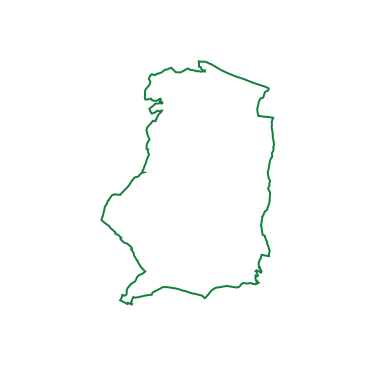 Amarasti, Vâlcea, Romania, rotated 224°
{"feature_id": "2599482B2938164526483", "entity_name": "Amarasti", "entity_type": "district", "adm_level": 2, "iso_a3": "ROU", "parent_name": "Romania", "parent_adm1": "Vâlcea", "projection": "orthographic", "projection_center": [24.148, 44.766], "detail": "fine", "context": "isolated", "style": "outline", "palette": "green", "viewbox_px": 384, "rotation_deg": 224, "n_neighbors": 0, "source": "geoboundaries", "source_scale": "gbopen_adm2", "svg_char_len": 6008}
<svg xmlns="http://www.w3.org/2000/svg" viewBox="0 0 384 384"><g transform="rotate(224 192 192)"><path d="M291.0,266.9L293.2,267.0L294.0,265.4L294.3,265.1L294.9,262.9L296.3,261.4L296.7,259.1L296.8,257.6L296.9,257.2L298.0,254.3L298.5,254.1L298.7,253.9L299.4,252.4L299.5,251.9L299.4,251.8L299.9,250.5L300.6,249.6L302.1,249.3L302.7,248.8L302.9,247.3L302.9,246.9L302.4,245.7L302.1,244.4L301.8,243.6L301.2,243.2L299.1,242.7L298.6,242.4L297.5,240.6L297.2,240.0L296.9,238.4L296.8,235.2L296.6,233.6L295.6,231.5L293.5,229.5L292.1,227.7L291.0,226.8L289.9,226.1L288.4,227.5L286.3,230.7L285.9,230.8L284.8,230.2L283.1,230.9L282.1,232.0L281.2,232.4L280.5,233.7L279.9,236.8L279.6,237.1L279.1,237.2L278.8,237.1L278.2,235.1L278.0,234.8L277.5,235.0L276.3,235.9L275.5,235.8L275.2,235.6L275.0,235.2L275.1,234.8L277.0,233.3L278.9,231.0L279.3,230.4L279.7,230.1L279.9,226.6L280.2,225.0L280.4,223.2L280.4,222.1L279.5,221.7L276.0,220.4L275.5,220.4L275.2,220.8L273.6,224.1L273.6,226.1L272.6,226.9L271.8,227.1L271.2,228.0L270.4,229.5L270.2,229.7L269.7,227.8L269.9,225.3L269.8,224.2L268.6,220.1L268.0,219.3L268.3,218.8L268.3,218.4L268.2,218.2L267.5,217.6L268.5,216.6L269.6,215.9L269.4,214.3L269.4,213.5L269.2,212.7L269.1,207.7L268.4,205.9L267.8,204.9L265.1,203.3L264.2,202.4L263.3,202.1L259.8,200.6L258.9,199.9L258.7,198.5L257.8,195.2L256.6,193.5L254.6,191.4L253.1,192.2L252.4,190.9L251.4,190.0L248.9,189.2L248.0,186.1L247.5,185.3L247.0,183.8L246.2,182.4L245.2,180.6L244.2,177.7L242.8,174.8L242.5,173.5L241.8,172.0L240.3,172.7L241.2,171.3L241.6,169.5L241.6,168.5L241.4,166.3L241.5,165.7L242.0,164.6L242.6,164.0L243.3,162.8L243.3,160.4L243.1,159.7L243.1,158.2L242.6,156.3L241.8,152.3L241.8,150.9L241.8,149.2L241.8,141.0L241.7,139.9L242.6,139.5L243.2,138.7L245.5,137.1L246.2,136.3L247.0,134.9L247.3,134.1L246.9,131.1L246.5,129.9L246.6,129.3L246.5,128.7L246.2,128.6L246.3,127.8L246.3,126.6L245.3,125.1L245.1,124.6L244.3,120.6L242.9,118.7L242.5,117.8L240.0,113.7L239.0,111.7L238.4,110.0L237.5,108.9L233.6,109.1L228.2,109.9L225.2,109.5L219.0,109.7L218.3,108.7L215.2,109.8L211.3,109.9L211.2,109.9L211.4,109.5L211.3,109.1L210.7,108.4L206.3,108.3L205.6,108.4L202.6,109.9L197.8,110.2L195.8,109.6L195.8,109.4L196.2,109.0L196.2,108.6L193.7,108.1L191.1,107.3L190.7,107.0L190.3,106.4L188.8,105.8L188.0,105.7L183.2,104.3L183.1,104.6L181.9,103.9L177.6,102.9L177.1,102.5L170.4,102.3L170.7,99.5L171.3,97.7L172.3,95.5L172.4,94.5L172.4,93.0L172.1,91.8L171.3,90.0L170.9,88.1L171.4,85.8L171.7,84.8L172.0,82.5L171.7,80.0L171.7,78.7L171.1,76.5L168.5,73.7L167.9,72.4L168.0,71.4L168.9,70.2L169.2,69.9L170.4,70.0L170.7,69.6L170.3,68.7L169.4,67.4L168.7,65.9L168.5,64.2L160.6,66.6L161.2,67.7L157.2,69.3L157.6,70.0L158.9,69.7L159.4,70.6L159.6,71.8L160.6,73.6L161.2,75.6L159.4,76.6L158.0,78.4L153.9,84.7L150.7,88.9L149.6,90.1L150.4,91.9L150.4,92.7L149.1,96.7L148.9,97.3L147.7,100.6L147.1,103.0L146.5,103.7L143.8,106.3L136.7,111.3L133.4,113.2L129.9,114.8L127.4,116.5L124.7,117.5L122.2,119.0L121.1,119.3L119.9,120.2L118.9,121.1L116.8,122.1L113.3,124.2L111.8,124.5L109.2,124.4L108.9,124.9L109.1,130.8L109.4,131.7L109.5,133.6L109.4,134.5L109.6,135.2L109.4,135.5L108.7,138.9L108.0,140.2L107.3,140.9L106.5,142.3L105.0,143.9L104.0,145.6L103.0,146.8L101.9,148.5L96.9,151.9L94.0,154.0L93.0,155.0L92.7,155.4L92.3,156.3L92.2,157.0L92.2,158.0L92.5,159.7L92.2,161.1L91.8,162.1L90.8,163.0L89.4,163.8L87.7,165.8L86.0,167.6L83.9,168.4L82.4,169.7L81.9,170.3L81.1,172.5L81.1,172.9L82.7,171.9L82.8,172.3L83.4,173.0L83.2,173.3L83.3,173.4L83.8,173.3L84.7,172.8L85.1,173.0L86.3,174.1L87.3,174.7L87.6,175.4L87.3,175.8L88.0,176.2L86.4,176.9L86.7,177.8L89.7,179.1L90.4,179.5L91.2,179.2L91.4,179.9L91.3,180.4L89.8,181.1L87.9,181.5L86.7,181.6L86.3,182.1L86.4,182.6L87.1,183.4L87.5,183.5L88.1,183.3L88.9,183.9L89.6,183.8L90.2,184.0L90.1,184.4L90.3,184.6L90.5,184.6L90.8,184.2L91.0,184.1L91.6,184.5L91.7,185.1L92.1,184.9L92.3,184.9L94.0,186.4L94.6,187.3L94.9,187.4L95.3,188.5L95.2,188.8L96.2,190.1L96.4,191.0L96.3,191.9L96.4,192.2L96.8,192.6L97.3,193.4L97.8,194.5L98.3,194.9L98.3,195.1L92.0,199.3L93.5,200.8L95.0,203.4L97.9,205.0L99.2,205.8L99.9,206.4L101.0,206.6L101.7,206.8L102.3,207.2L103.4,208.4L105.0,208.7L107.5,210.1L108.4,210.5L109.2,211.1L109.8,211.0L110.5,210.4L111.3,210.2L112.5,211.0L114.2,212.5L115.4,213.2L116.4,214.0L116.9,214.6L119.4,216.1L119.7,217.0L120.1,217.4L120.7,218.3L122.4,220.4L123.0,221.6L124.4,223.1L124.4,224.3L125.0,225.9L125.5,227.0L125.9,228.1L125.9,229.8L125.6,231.1L125.6,231.6L126.5,232.6L127.9,236.1L128.4,236.9L129.1,238.3L130.2,239.8L132.2,241.8L132.4,242.3L133.3,243.5L135.5,245.9L136.7,246.4L138.0,246.6L138.7,247.0L139.5,247.2L139.9,248.0L140.8,250.4L141.6,251.2L142.5,252.1L143.1,253.6L143.7,254.3L146.8,255.5L148.1,256.4L151.2,258.7L151.6,259.3L152.9,261.9L155.3,265.0L156.0,266.3L157.3,268.2L158.6,271.1L158.6,272.4L158.9,273.2L161.4,275.4L161.7,276.0L162.0,277.8L162.3,278.4L163.2,279.7L164.7,280.6L164.9,281.0L165.1,282.0L166.1,283.4L167.5,284.2L169.2,285.8L170.6,286.5L171.7,287.3L172.6,288.3L175.4,290.8L177.8,292.5L179.9,294.1L181.1,295.8L183.4,297.9L183.6,298.6L184.5,299.9L184.9,301.4L185.1,301.8L189.0,299.2L191.8,296.8L197.2,292.8L198.1,293.7L199.2,294.2L200.4,295.0L202.8,297.1L203.4,297.9L204.3,300.0L205.4,301.3L206.1,302.4L207.2,305.0L207.7,306.8L207.6,307.2L206.8,308.1L206.6,308.6L206.5,309.1L206.7,310.3L207.5,311.5L208.9,314.7L208.8,315.3L208.7,315.8L208.3,316.5L207.8,317.5L207.9,318.3L208.8,319.8L211.8,318.9L222.7,313.6L233.2,309.2L241.8,305.1L247.7,302.8L248.7,302.3L255.2,300.1L266.9,297.3L268.5,296.5L271.2,295.7L272.4,295.2L274.0,294.1L275.7,292.2L277.6,291.0L277.9,290.5L275.9,289.1L274.3,287.1L273.2,287.3L272.6,287.9L271.3,287.2L270.5,287.0L269.3,287.3L268.0,287.4L267.7,287.5L267.1,288.4L266.5,287.4L266.9,287.1L267.4,287.0L268.5,286.2L268.5,285.5L269.0,284.8L271.3,283.5L272.6,282.0L273.9,281.6L274.3,281.1L275.6,280.6L277.2,279.2L277.8,279.0L279.0,278.3L280.3,278.3L280.6,278.0L281.3,276.7L282.0,274.0L283.2,270.4L284.0,269.4L287.0,266.8L290.0,267.0L291.0,266.9Z" fill="none" stroke="#15803d" stroke-width="2"/></g></svg>